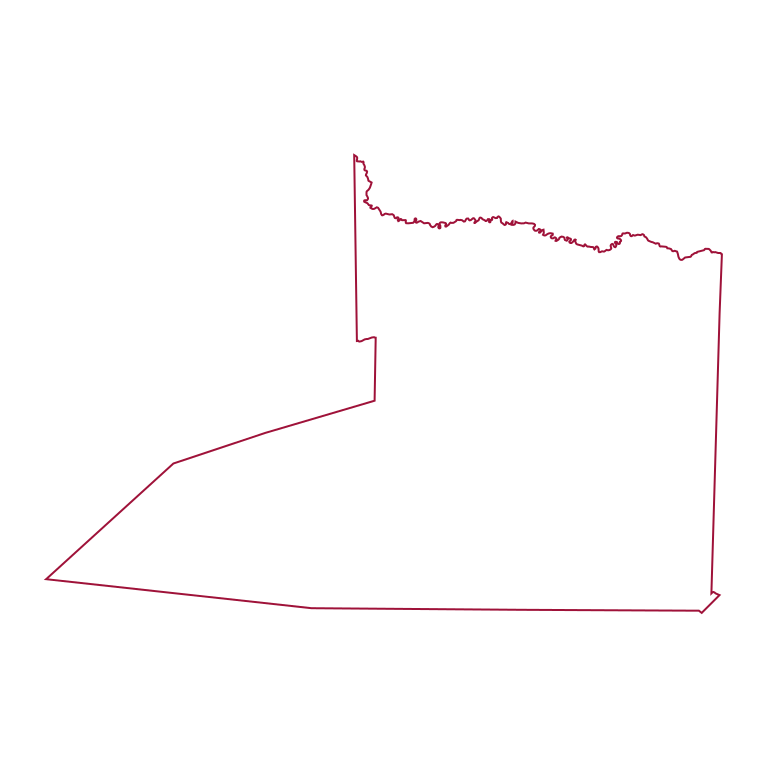 the district of Avellaneda, Río Negro, Argentina
{"feature_id": "61730980B30095926529222", "entity_name": "Avellaneda", "entity_type": "district", "adm_level": 2, "iso_a3": "ARG", "parent_name": "Argentina", "parent_adm1": "Río Negro", "projection": "albers", "projection_center": [-66.022, -39.232], "detail": "fine", "context": "isolated", "style": "outline", "palette": "rose", "viewbox_px": 768, "rotation_deg": 0, "n_neighbors": 0, "source": "geoboundaries", "source_scale": "gbopen_adm2", "svg_char_len": 6114}
<svg xmlns="http://www.w3.org/2000/svg" viewBox="0 0 768 768"><path d="M356.9,341.0L358.2,340.8L358.4,341.2L359.2,341.5L359.8,341.5L361.6,341.1L364.7,339.4L366.6,339.0L367.8,339.0L371.8,337.5L374.1,337.2L374.9,337.6L375.7,337.7L374.6,400.7L265.3,432.9L173.4,463.5L46.1,579.2L311.5,608.2L520.5,609.8L577.5,610.1L698.9,610.7L701.7,612.9L719.5,595.1L715.6,593.4L714.7,592.6L713.5,592.0L712.6,592.2L711.4,593.4L719.6,313.3L721.9,254.4L721.5,254.4L720.9,253.3L720.4,253.0L718.1,253.0L715.3,252.1L714.2,252.3L712.9,252.0L712.4,252.4L711.6,252.4L710.6,250.6L709.1,249.1L708.4,248.9L705.4,248.8L704.8,249.1L704.4,249.8L703.9,250.2L697.2,251.9L696.7,252.8L695.1,253.0L694.1,253.5L692.6,254.6L691.8,254.9L690.9,256.5L690.5,256.8L685.1,257.5L682.8,259.4L682.2,259.8L681.2,259.9L680.4,259.7L679.6,259.1L678.9,257.9L678.4,256.6L677.9,254.1L677.1,251.6L674.7,250.8L673.5,251.2L672.4,251.1L670.9,249.0L668.9,248.4L667.3,248.3L666.9,247.3L666.0,246.8L661.6,246.4L660.3,246.5L659.8,246.2L659.5,245.6L659.1,244.0L658.7,243.5L657.1,243.2L655.8,243.7L652.6,242.2L651.5,242.0L648.4,240.7L647.9,240.2L647.5,239.3L646.2,237.4L644.4,236.4L644.0,235.1L643.1,234.4L642.3,234.2L640.6,235.1L637.7,234.7L635.2,235.5L634.1,235.5L633.5,235.1L632.8,235.1L631.8,236.1L631.2,236.2L630.7,236.0L630.2,235.3L630.0,234.1L629.2,233.2L627.9,232.8L626.8,232.8L625.0,233.5L622.9,233.4L622.5,233.6L622.1,234.9L621.4,235.9L620.5,236.2L618.3,236.2L617.5,236.7L617.0,237.4L617.1,238.0L617.8,238.5L619.6,238.7L620.8,239.8L621.1,240.7L620.9,241.2L620.0,241.8L620.0,242.7L619.7,243.6L619.0,244.0L618.3,243.9L617.8,243.6L617.4,242.5L616.9,242.1L615.7,241.8L615.1,242.0L614.9,242.7L616.3,244.4L616.3,245.4L615.8,246.7L615.2,247.2L614.4,246.9L613.8,246.1L613.0,244.2L612.2,243.9L611.5,244.3L610.9,244.9L610.6,245.9L611.3,248.2L610.8,249.2L609.6,250.0L608.1,250.3L606.5,249.9L604.8,251.2L604.0,251.6L602.0,251.3L600.3,252.1L599.1,252.1L598.7,251.5L598.5,248.6L598.1,247.6L597.2,246.6L596.5,246.5L595.9,246.8L595.4,248.6L594.4,249.4L594.1,249.0L593.8,247.8L593.5,247.3L592.2,247.0L590.9,247.0L588.7,246.5L588.0,246.7L587.1,246.4L585.1,244.4L584.7,244.5L584.3,245.1L584.2,246.0L583.7,246.3L583.1,246.3L581.8,245.6L577.2,244.4L576.2,243.7L575.7,242.5L575.2,241.3L575.7,239.8L575.1,239.5L574.4,239.8L573.1,241.6L572.0,242.6L571.4,243.0L570.4,243.0L569.6,242.5L569.3,241.7L570.8,240.2L571.0,239.7L570.8,238.9L570.5,238.7L569.3,238.4L567.5,237.3L566.9,237.5L567.0,238.0L567.8,239.2L567.2,240.4L566.6,240.7L565.0,240.0L564.6,239.1L564.5,238.0L563.9,237.3L563.0,236.8L561.4,236.6L561.1,236.9L560.5,237.0L559.3,238.0L559.2,238.7L558.5,239.6L557.0,240.6L556.1,241.0L555.5,240.8L555.6,240.2L556.0,239.9L556.5,239.0L556.2,238.3L555.5,237.7L555.0,237.4L554.4,237.4L554.1,237.6L553.7,238.1L553.0,238.3L551.9,238.3L551.3,238.0L550.9,237.5L550.7,236.8L551.2,235.9L552.6,235.1L552.8,234.4L552.7,233.6L550.7,233.2L549.4,233.3L548.3,233.6L546.6,234.6L545.7,235.3L544.8,235.5L543.8,235.3L543.0,234.8L543.7,233.3L543.8,232.3L543.5,229.7L542.5,230.0L540.0,232.6L539.5,232.7L539.0,232.5L539.0,232.1L540.0,231.3L540.5,230.3L540.5,229.8L539.7,229.2L538.8,229.0L537.3,230.4L536.2,230.8L535.0,230.7L534.4,230.2L533.6,229.2L533.3,228.1L533.5,227.5L534.9,225.9L535.0,224.8L534.1,223.9L533.1,223.6L531.9,223.4L528.8,223.4L525.6,222.6L524.0,223.3L521.3,223.4L518.2,222.9L515.5,221.6L515.4,223.4L514.6,224.5L513.3,224.9L511.8,224.8L512.2,223.9L512.7,221.8L512.6,221.0L512.3,221.2L511.3,223.1L510.8,223.7L509.8,224.1L509.4,224.0L508.7,223.7L508.2,223.0L506.3,222.2L505.9,223.0L506.0,224.0L505.7,224.5L504.8,225.0L504.4,224.9L502.4,223.2L501.3,222.5L500.9,221.3L500.8,218.7L500.1,217.6L498.7,216.4L498.2,216.5L497.4,217.1L497.0,218.0L495.5,218.1L493.5,217.1L492.7,217.2L492.0,218.0L491.9,218.7L492.2,219.5L492.0,219.9L490.8,220.0L490.5,220.4L490.5,221.7L490.2,222.2L489.6,222.3L489.2,222.1L489.0,221.2L489.6,219.6L489.3,219.2L488.0,219.1L486.8,220.7L486.2,221.0L485.5,221.0L484.9,220.3L483.1,219.5L482.3,219.0L481.5,218.0L480.6,217.6L479.9,217.7L479.5,218.1L478.6,220.3L476.8,221.4L474.9,223.0L474.5,223.0L474.4,222.6L475.5,221.0L475.4,220.1L474.1,218.4L473.4,218.2L472.8,218.4L471.1,219.9L470.0,220.3L469.5,220.3L468.9,219.8L468.6,219.1L468.1,218.5L466.8,218.6L466.2,219.1L465.0,221.3L463.9,221.6L462.0,220.2L460.6,219.9L459.9,220.1L457.0,219.8L456.4,220.2L456.3,220.8L456.0,221.2L453.5,222.8L451.4,222.9L450.5,222.6L449.9,223.1L448.6,224.8L446.3,226.5L445.5,226.5L445.2,225.9L445.5,225.0L446.1,224.2L446.0,223.5L445.4,223.0L442.9,222.4L441.0,222.3L440.1,222.7L439.6,223.4L439.6,224.2L440.3,225.6L440.4,227.5L440.2,228.1L439.5,228.4L438.8,228.2L438.3,227.3L438.6,225.1L438.3,224.6L437.7,224.1L436.9,224.0L436.3,224.4L435.1,226.0L433.8,226.8L432.6,227.2L431.2,226.5L430.1,225.0L429.6,223.7L428.5,223.1L427.7,222.9L424.1,223.3L420.6,221.0L418.3,221.7L417.5,222.4L416.5,222.7L415.8,222.4L415.7,221.6L415.9,220.8L416.3,220.0L416.3,219.2L416.0,218.6L415.3,218.4L414.6,219.1L414.6,220.3L414.4,221.1L413.9,222.0L413.1,222.8L408.4,223.3L406.2,223.2L405.9,222.9L405.7,222.0L405.9,220.7L405.6,220.1L402.1,220.2L401.7,220.0L401.4,219.3L400.8,219.0L400.4,219.1L399.7,220.2L399.0,220.8L398.3,221.1L397.8,220.1L398.5,218.5L398.4,217.8L397.8,217.3L397.1,217.3L396.1,218.3L394.9,218.0L394.6,217.6L393.8,215.4L393.5,215.0L392.2,214.2L389.4,214.5L385.8,213.6L384.5,214.0L384.0,214.6L382.6,215.3L381.9,215.2L381.2,214.1L380.6,211.7L378.1,207.8L376.8,207.3L374.3,208.8L373.1,209.0L372.3,208.9L370.4,207.8L370.4,207.4L371.5,206.6L371.7,205.6L371.2,205.4L369.5,205.3L368.8,205.0L367.4,203.2L364.3,201.8L364.1,201.3L364.2,200.6L364.4,200.4L365.2,200.2L366.9,200.3L367.2,200.1L368.0,198.8L368.0,198.1L367.3,196.4L366.5,195.1L366.5,192.7L366.6,191.7L366.9,191.2L368.6,189.7L369.9,187.7L371.3,183.7L371.6,182.5L368.7,180.9L368.4,180.6L368.2,179.4L367.6,177.5L367.3,176.9L365.9,175.4L366.0,174.5L366.8,173.0L367.1,171.7L366.6,170.8L365.2,170.5L364.5,170.0L364.3,169.1L364.8,167.9L364.9,166.9L364.4,165.3L363.4,163.6L363.6,162.2L363.2,161.6L361.7,161.9L360.3,161.3L359.6,161.5L357.1,161.3L356.8,161.0L356.8,160.6L357.2,158.2L357.1,157.3L356.4,156.5L354.2,155.1L356.9,341.0Z" fill="none" stroke="#9f1239" stroke-width="2"/></svg>